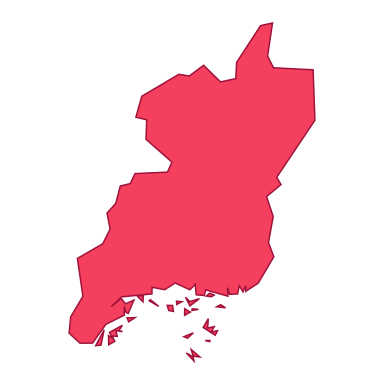 Cam Pha, Quảng Ninh, Vietnam (Natural Earth projection)
{"feature_id": "81297802B71504358310710", "entity_name": "Cam Pha", "entity_type": "district", "adm_level": 2, "iso_a3": "VNM", "parent_name": "Vietnam", "parent_adm1": "Quảng Ninh", "projection": "natural_earth1", "projection_center": [107.265, 21.066], "detail": "medium", "context": "isolated", "style": "filled", "palette": "rose", "viewbox_px": 384, "rotation_deg": 0, "n_neighbors": 0, "source": "geoboundaries", "source_scale": "gbopen_adm2", "svg_char_len": 1930}
<svg xmlns="http://www.w3.org/2000/svg" viewBox="0 0 384 384"><path d="M135.9,117.2L146.7,119.8L146.0,139.3L171.9,162.1L167.5,172.1L135.0,173.6L130.3,183.6L120.3,186.0L115.8,203.3L107.0,213.1L110.1,229.0L102.8,243.7L77.4,258.4L82.9,296.3L70.7,316.8L69.1,333.2L80.0,343.2L92.6,343.1L105.9,324.3L124.4,315.1L124.3,306.5L126.0,312.2L128.2,313.5L133.9,300.1L125.6,303.8L121.1,298.4L111.3,306.6L121.5,296.9L151.9,293.9L152.1,287.3L164.7,289.7L175.2,283.0L189.9,289.8L195.2,284.4L196.2,294.8L204.2,295.5L205.8,289.9L227.9,296.2L227.5,287.7L229.6,294.3L237.6,293.9L239.3,285.8L243.0,291.9L245.7,285.8L245.8,291.3L258.2,283.2L273.8,256.8L268.5,242.5L273.2,216.5L266.6,196.6L281.0,184.5L276.7,177.3L314.9,120.3L313.1,69.8L273.5,67.8L267.6,56.0L272.5,23.0L260.6,25.6L236.6,62.4L235.8,78.6L220.5,81.9L203.6,65.3L189.2,76.0L178.9,74.3L141.8,96.2L135.9,117.2ZM122.4,325.3L109.5,332.4L112.7,338.5L108.5,335.6L108.7,344.8L114.8,341.3L112.1,336.1L117.2,336.3L116.0,330.7L122.6,331.6L118.9,330.6L122.4,325.3ZM207.6,328.1L208.3,318.7L203.2,327.5L215.2,335.2L217.5,330.7L211.2,332.0L214.2,326.6L207.6,328.1ZM101.0,345.1L104.1,329.9L95.7,345.7L101.0,345.1ZM185.5,297.3L189.9,305.9L199.4,298.7L189.8,301.6L185.5,297.3ZM199.9,357.0L191.2,349.5L193.2,356.1L199.9,357.0ZM135.1,317.6L127.1,317.9L128.6,321.8L135.1,317.6ZM193.1,356.9L186.4,353.0L194.0,361.0L193.1,356.9ZM158.8,306.4L150.4,299.7L149.2,300.8L158.8,306.4ZM172.6,305.5L167.2,305.3L168.7,310.5L173.4,311.4L172.6,305.5ZM187.5,338.2L193.3,332.9L183.9,336.7L187.5,338.2ZM225.5,307.8L220.7,304.7L216.7,306.8L225.5,307.8ZM205.1,340.6L209.8,341.6L209.8,340.4L205.1,340.6ZM143.3,295.9L138.4,295.6L137.7,296.6L143.0,301.8L143.3,295.9ZM181.9,301.7L176.5,301.2L176.8,304.5L181.9,301.7ZM214.2,295.1L209.8,293.2L206.2,296.0L211.2,296.8L214.2,295.1ZM190.3,312.1L184.7,308.7L184.6,315.3L190.3,312.1ZM198.4,309.4L192.2,308.8L192.0,310.5L198.4,309.4Z" fill="#f43f5e" stroke="#9f1239" stroke-width="1.5"/></svg>